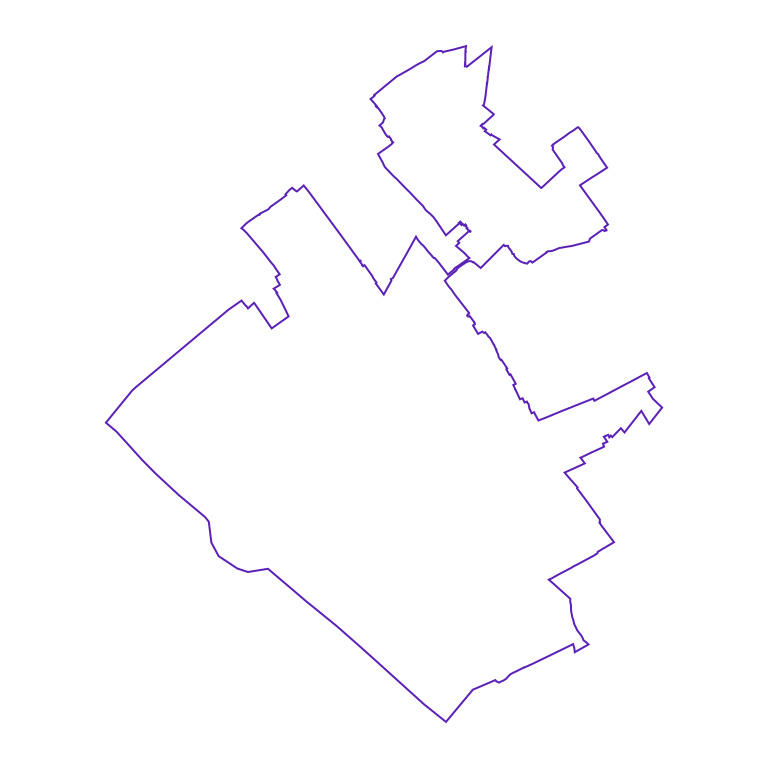 's-Gravenhage, Zuid-Holland, Netherlands, rotated 270°
{"feature_id": "6326949B51640145634696", "entity_name": "'s-Gravenhage", "entity_type": "district", "adm_level": 2, "iso_a3": "NLD", "parent_name": "Netherlands", "parent_adm1": "Zuid-Holland", "projection": "albers", "projection_center": [4.334, 52.075], "detail": "fine", "context": "isolated", "style": "outline", "palette": "violet", "viewbox_px": 768, "rotation_deg": 270, "n_neighbors": 0, "source": "geoboundaries", "source_scale": "gbopen_adm2", "svg_char_len": 6057}
<svg xmlns="http://www.w3.org/2000/svg" viewBox="0 0 768 768"><g transform="rotate(270 384 384)"><path d="M600.3,607.1L608.8,601.2L612.2,599.0L613.5,598.4L614.0,598.0L615.2,596.5L615.7,596.4L627.4,588.4L638.4,580.4L640.6,578.5L640.8,578.2L640.7,577.8L640.5,577.3L638.0,574.1L635.3,569.7L631.5,564.6L623.6,553.1L623.4,552.9L623.1,553.2L622.2,552.0L620.6,553.1L618.5,552.6L604.4,562.4L602.8,562.9L600.7,564.5L599.7,563.2L599.3,562.4L597.3,560.0L580.1,541.5L580.2,541.3L580.1,541.1L623.5,494.0L628.6,499.6L629.5,498.0L632.8,492.0L633.6,491.3L632.7,490.4L634.3,488.4L636.8,484.8L638.4,486.2L639.3,485.1L639.2,485.0L639.4,484.7L640.2,484.0L639.6,483.3L640.4,482.9L641.1,482.2L642.1,480.6L643.1,481.4L643.2,481.9L643.4,482.3L644.1,482.5L644.2,482.9L644.1,483.4L644.2,483.6L653.2,493.5L653.8,493.8L662.6,483.0L663.3,483.9L668.7,485.0L671.9,485.5L683.9,486.9L684.5,486.9L684.4,487.1L690.3,487.8L690.7,487.6L690.8,487.8L700.1,488.9L699.8,489.1L720.8,491.6L701.3,466.9L701.7,466.6L701.7,464.9L703.8,465.0L703.4,465.3L715.3,465.4L716.2,465.9L716.8,465.4L721.9,466.0L718.5,453.7L716.3,444.0L716.0,443.3L715.7,442.9L716.4,442.5L716.8,441.8L717.0,441.2L716.9,437.7L716.8,437.1L706.7,423.9L705.0,420.2L703.5,417.4L698.1,408.5L692.6,398.8L691.9,397.2L672.9,374.1L672.3,374.6L671.1,373.3L669.0,370.5L666.0,373.3L662.3,376.4L661.8,375.8L660.5,377.1L660.8,377.5L656.3,380.8L651.5,383.9L649.6,384.8L649.0,384.1L645.6,383.0L642.5,379.5L640.7,381.6L633.7,385.6L631.1,387.7L631.0,388.1L631.6,389.0L628.7,391.2L628.1,391.0L626.4,392.3L626.2,392.2L625.6,393.1L624.1,391.8L621.5,388.6L615.8,380.4L614.0,378.0L605.0,383.0L603.0,383.8L600.9,384.9L592.0,393.4L589.3,396.4L578.8,406.6L575.8,409.7L568.8,416.2L562.1,422.9L558.1,425.6L556.7,427.0L554.4,429.9L551.3,433.1L547.6,435.9L532.7,445.9L544.8,459.4L545.2,458.9L546.4,460.3L545.4,461.2L544.4,460.1L542.9,461.5L544.0,462.8L542.5,464.1L543.6,465.4L542.6,466.2L541.9,465.5L540.1,467.3L539.5,466.7L537.7,468.6L537.3,469.9L536.5,470.5L536.2,470.2L537.2,469.2L534.8,466.7L526.8,457.7L525.1,459.3L522.1,456.0L515.3,464.0L511.6,467.5L509.9,469.4L501.7,457.7L500.4,455.5L499.2,454.3L498.9,454.5L498.6,454.2L493.4,447.9L505.7,438.5L509.9,434.8L510.0,434.5L509.9,433.9L511.2,432.7L511.3,432.5L511.5,432.5L517.2,427.4L519.7,425.6L520.9,424.6L521.0,424.4L522.3,423.4L524.1,421.2L528.4,417.7L531.3,416.0L515.9,407.5L489.8,392.8L489.3,391.5L488.8,390.8L487.3,391.4L473.5,383.8L484.5,375.8L484.7,376.1L485.4,376.5L489.8,373.3L491.8,372.4L502.8,364.6L501.7,363.0L502.7,362.1L503.0,362.4L506.5,359.8L507.2,360.7L507.4,360.6L507.4,359.3L532.2,341.3L577.3,308.0L582.5,303.7L576.8,297.3L576.6,296.6L578.6,294.0L580.2,292.2L579.2,290.9L577.8,289.2L573.7,285.5L572.7,286.2L567.9,279.9L561.3,270.6L559.0,268.6L558.4,267.9L556.8,264.8L555.5,262.1L554.5,260.2L553.9,259.5L553.5,259.8L553.1,259.3L553.2,258.7L553.0,258.1L546.8,249.2L544.6,246.3L539.7,241.4L538.1,243.6L534.9,246.8L515.7,263.2L505.5,271.1L502.8,273.5L498.2,276.5L493.7,279.7L491.0,275.7L489.0,276.9L487.0,277.7L483.1,279.9L479.3,273.7L478.0,275.1L475.9,276.6L475.8,276.9L475.3,277.2L474.9,276.5L468.1,280.6L459.0,285.1L451.6,288.6L439.6,271.7L464.5,254.6L465.2,254.0L459.6,248.0L461.3,246.9L462.5,245.6L467.4,241.5L458.4,228.6L380.6,135.6L377.4,132.1L345.3,105.9L336.3,116.6L308.0,142.2L294.9,155.1L273.0,178.7L251.0,205.0L246.3,208.8L225.3,211.4L211.8,218.7L199.5,237.3L196.0,247.9L199.2,268.0L167.1,305.7L142.1,336.5L121.2,360.3L103.6,379.9L63.8,423.9L46.1,446.0L78.3,472.8L87.9,495.3L86.7,496.4L85.4,499.1L86.5,501.1L87.5,503.5L89.4,506.3L92.7,509.2L93.7,510.4L94.9,512.5L97.3,517.6L100.6,524.0L100.4,524.1L104.1,532.4L119.5,564.2L123.9,573.1L119.9,574.3L115.8,574.8L123.5,588.5L124.7,587.4L127.8,583.5L130.9,582.2L132.7,581.1L137.4,577.4L143.3,574.5L145.1,573.9L148.2,573.3L150.5,572.4L154.7,571.5L158.6,571.0L163.5,570.9L164.7,570.5L166.6,570.2L169.2,570.3L185.6,552.0L188.3,548.8L188.8,549.6L188.9,550.1L189.4,551.3L193.0,557.6L200.4,571.7L202.2,574.5L202.6,575.6L206.5,582.9L212.9,594.8L214.5,597.1L215.1,597.6L216.0,597.7L216.7,598.5L217.4,599.9L217.9,600.6L225.8,614.0L242.2,601.6L245.3,599.5L245.6,600.0L246.7,599.8L248.5,599.9L267.8,586.0L279.7,577.0L280.3,577.2L280.5,577.5L281.4,576.9L289.0,570.1L295.4,564.6L304.6,584.8L309.1,581.5L310.3,580.4L310.8,581.7L315.5,591.4L321.2,603.9L321.4,604.1L324.3,603.0L326.2,607.3L331.3,603.9L332.9,607.6L333.1,608.3L330.7,609.3L332.4,610.9L330.9,612.3L339.8,620.9L335.5,624.5L357.1,641.3L344.0,649.2L360.4,662.1L369.3,652.8L376.3,648.2L380.8,654.6L389.8,648.8L390.3,649.5L395.0,646.9L367.4,594.8L367.2,594.4L367.3,594.2L369.4,593.4L369.3,592.8L356.7,561.1L349.8,544.4L347.5,538.4L355.8,534.0L354.7,531.6L359.6,529.4L363.9,528.6L365.3,527.3L366.4,526.9L365.5,524.6L369.7,522.6L368.7,520.0L377.3,516.0L378.5,515.4L378.7,515.0L379.4,515.0L383.0,513.3L384.2,515.7L385.2,515.2L393.7,510.5L393.1,509.5L398.7,506.3L399.4,507.3L408.2,501.5L407.9,500.8L410.4,498.9L413.5,498.1L418.1,496.1L418.3,496.4L420.9,495.0L423.0,494.2L423.1,493.9L423.4,493.7L429.9,490.2L431.4,488.4L432.6,487.7L435.7,485.3L435.0,484.1L435.6,483.3L436.4,482.3L434.1,478.1L442.4,473.1L442.7,473.2L443.6,474.8L444.1,474.9L445.3,474.2L445.5,474.5L452.0,469.6L451.4,468.6L451.4,468.2L451.7,467.6L452.3,467.2L453.3,467.4L454.5,469.1L455.0,469.1L473.0,455.1L478.0,451.7L481.7,448.6L487.3,444.8L491.1,448.6L497.6,456.4L499.0,457.1L500.5,458.4L505.2,465.3L506.5,467.8L506.9,469.3L506.9,470.5L506.5,471.6L505.6,473.1L505.9,473.5L500.0,480.7L523.1,503.7L521.8,505.1L522.1,506.0L522.2,508.0L520.5,508.5L518.1,510.5L516.4,511.6L514.2,512.3L514.0,512.8L514.0,513.8L513.2,513.9L511.6,514.6L509.8,516.2L508.7,517.5L506.7,520.2L505.9,521.9L504.9,524.8L504.4,527.2L506.6,529.2L506.9,530.8L505.4,532.4L515.5,546.6L515.9,546.4L516.8,548.2L516.7,548.9L517.0,551.6L517.6,553.6L519.9,559.0L521.3,567.0L522.0,571.7L522.8,574.8L526.4,588.9L529.4,590.0L537.8,601.8L538.0,602.4L538.0,602.9L537.0,604.5L537.2,604.8L537.3,606.0L537.8,606.6L540.9,604.4L543.5,608.0L554.2,600.6L582.6,580.0L583.2,580.9L583.3,580.8L591.1,592.8L593.9,597.3L600.3,607.1Z" fill="none" stroke="#5b21b6" stroke-width="2"/></g></svg>